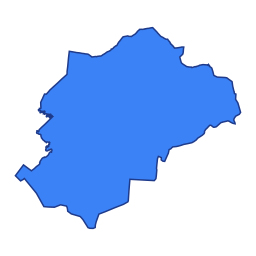 outline of Vermes, Caras-Severin, Romania
{"feature_id": "2599482B13425405554556", "entity_name": "Vermes", "entity_type": "district", "adm_level": 2, "iso_a3": "ROU", "parent_name": "Romania", "parent_adm1": "Caras-Severin", "projection": "albers", "projection_center": [21.625, 45.523], "detail": "fine", "context": "isolated", "style": "filled", "palette": "blue", "viewbox_px": 256, "rotation_deg": 0, "n_neighbors": 0, "source": "geoboundaries", "source_scale": "gbopen_adm2", "svg_char_len": 5555}
<svg xmlns="http://www.w3.org/2000/svg" viewBox="0 0 256 256"><path d="M82.9,219.5L88.0,227.6L89.8,228.3L93.2,228.4L95.2,227.5L95.4,224.8L96.2,221.7L98.9,214.1L105.2,211.7L114.3,207.9L123.5,204.3L127.9,201.8L128.3,200.7L129.0,190.0L129.9,179.3L154.3,180.6L155.9,178.7L156.3,175.9L156.8,170.0L156.5,168.4L156.9,164.2L157.5,158.6L158.4,156.4L159.1,156.6L161.3,157.6L161.2,159.9L162.9,161.2L164.7,161.4L167.6,154.8L168.3,153.3L169.1,149.6L170.6,148.9L171.0,148.6L171.8,147.7L172.8,146.9L176.5,146.5L178.0,146.2L180.9,145.4L183.8,144.4L187.9,143.6L191.9,142.7L193.9,141.6L196.3,139.9L197.7,138.2L202.2,135.3L204.0,133.7L204.3,133.1L204.5,132.5L204.5,131.9L204.5,131.3L205.6,129.5L207.3,127.9L208.8,126.2L210.0,125.2L211.1,125.4L213.4,127.2L214.7,127.2L216.4,126.7L220.8,122.7L223.1,122.0L226.7,121.2L227.6,120.9L228.3,121.0L229.0,121.2L230.8,122.3L232.4,123.1L233.7,123.5L235.1,123.8L234.9,122.6L233.7,120.0L234.3,118.2L235.8,116.1L239.3,114.3L240.6,112.4L237.9,103.0L235.6,99.3L235.9,94.1L234.5,93.6L234.3,92.9L234.2,91.7L234.0,91.4L233.9,91.0L233.7,90.4L232.7,86.1L232.1,81.8L231.9,81.5L228.9,79.4L226.8,77.8L225.0,77.5L217.3,77.1L214.0,75.5L213.8,75.3L212.9,71.7L212.0,68.8L211.8,68.1L210.6,67.1L209.6,66.5L209.3,66.2L209.2,66.0L209.5,65.7L209.4,65.5L209.0,65.2L208.5,64.5L208.3,64.9L208.1,64.8L207.7,65.2L207.2,64.8L206.9,64.9L203.0,64.6L202.3,64.7L201.5,64.9L199.7,65.2L199.1,65.5L198.7,65.8L196.5,66.4L196.5,66.5L195.8,66.8L195.1,66.6L191.9,67.6L191.7,67.5L191.4,67.1L191.1,67.1L188.9,67.0L187.7,66.7L186.9,66.7L182.9,64.1L182.1,63.5L181.4,62.8L181.1,61.9L180.9,61.4L180.0,58.0L179.8,57.0L180.0,56.7L181.0,55.9L182.5,54.4L182.6,54.1L182.7,53.9L182.8,54.0L182.9,53.8L182.9,53.5L183.1,53.0L183.3,51.4L183.5,48.7L183.8,47.1L183.2,47.0L181.3,47.1L181.0,47.3L180.6,47.3L177.1,47.9L175.3,48.0L174.7,48.1L174.4,48.0L174.1,47.4L173.9,47.3L173.7,46.9L173.0,46.1L172.8,45.7L172.7,45.6L172.3,45.6L171.9,44.9L171.5,44.4L170.8,44.1L170.4,43.1L170.1,42.9L170.0,42.3L168.4,40.4L167.6,39.2L165.9,39.2L164.3,38.3L164.0,38.2L163.5,37.8L162.7,37.3L161.4,36.7L160.6,36.2L157.5,32.8L157.0,32.1L155.1,30.1L153.3,28.3L152.8,27.7L152.5,27.6L150.7,27.9L148.3,28.4L147.4,28.4L144.8,29.0L144.8,28.9L142.8,29.4L141.8,29.3L139.5,29.4L139.4,29.7L137.3,31.5L137.2,31.9L136.9,32.2L135.4,33.9L131.9,36.1L131.6,36.5L130.5,36.4L129.1,36.4L128.3,36.2L127.9,35.9L123.1,36.8L121.5,38.7L120.9,39.6L119.8,40.9L119.5,41.4L119.3,41.5L118.9,41.9L117.8,43.7L117.0,45.2L116.6,45.7L115.9,45.8L115.2,46.3L114.3,47.1L113.7,47.4L113.4,48.0L113.2,48.2L112.2,49.0L111.8,49.2L111.6,49.0L111.4,49.0L111.4,49.4L111.3,49.5L110.3,50.5L109.9,50.7L109.1,51.2L107.7,51.7L106.7,52.2L104.9,53.6L104.4,53.8L103.8,54.3L103.2,54.5L102.4,55.1L101.6,55.7L101.2,55.9L100.2,56.1L99.1,56.1L98.7,56.2L97.9,56.3L97.2,56.4L96.7,56.7L95.5,56.5L92.8,56.9L91.7,56.9L91.6,56.7L88.6,54.5L88.1,54.2L87.0,54.0L85.4,53.9L84.2,53.6L82.2,53.4L79.7,52.9L76.8,52.6L73.0,51.9L69.3,51.3L68.5,58.0L67.8,65.6L67.1,71.4L67.1,73.3L67.0,73.7L66.9,74.5L61.6,79.2L57.3,83.3L50.1,89.8L48.3,92.0L46.4,94.1L44.5,94.1L42.9,97.6L42.4,98.9L42.1,99.3L40.7,102.4L40.9,108.1L40.8,108.3L40.4,108.5L39.9,108.4L39.5,108.4L39.5,108.8L39.3,109.3L38.5,109.6L38.5,110.3L38.6,110.7L38.9,110.7L39.4,110.3L39.7,110.1L40.0,110.2L40.4,110.7L40.4,110.9L40.1,111.7L40.0,112.1L40.0,112.4L40.2,112.8L40.4,112.8L40.7,112.7L41.2,112.3L41.5,111.5L41.7,111.2L42.0,111.2L42.0,111.6L42.0,112.1L42.2,112.4L42.6,112.3L43.4,111.5L44.0,111.1L44.5,111.1L44.8,111.3L44.9,111.6L44.8,112.0L43.8,112.9L43.5,113.4L43.4,113.8L43.5,113.8L43.8,113.5L44.0,113.4L44.2,113.7L44.5,114.2L44.8,114.3L45.0,114.0L45.2,113.6L45.5,113.5L45.9,113.7L47.2,114.0L47.3,114.2L47.3,114.5L46.7,115.4L46.3,116.5L46.5,116.8L47.0,116.7L47.6,116.4L47.8,116.1L47.6,115.1L47.7,114.7L48.0,114.3L48.2,114.2L48.7,114.2L48.9,114.3L49.0,114.7L48.3,115.4L48.2,115.8L49.0,116.6L49.3,117.4L49.6,117.7L49.8,117.8L49.9,117.7L49.8,116.9L49.8,116.0L49.7,114.9L49.8,114.5L50.1,114.2L50.6,114.2L50.8,114.3L50.9,114.5L50.9,115.0L50.5,116.5L50.9,116.8L51.1,116.7L51.4,115.8L51.6,115.6L51.8,115.5L52.1,115.6L52.3,116.2L52.4,116.3L52.8,116.5L44.7,124.5L41.7,127.2L39.7,129.2L39.3,129.5L39.2,129.7L39.1,130.1L38.9,130.5L38.8,131.4L38.6,131.6L37.2,130.7L36.9,130.8L36.9,131.0L36.9,131.7L36.6,132.6L36.8,133.0L36.9,133.3L37.3,133.5L38.1,133.4L38.9,134.2L39.5,134.3L40.2,134.3L40.9,134.9L40.9,135.0L41.0,135.5L40.9,135.9L41.1,136.6L41.5,137.8L41.5,138.0L42.1,138.4L42.4,139.1L43.2,140.1L43.9,140.6L44.3,140.7L44.5,141.1L44.8,141.5L45.1,141.7L45.5,141.7L45.8,141.8L46.3,142.6L46.7,142.2L47.3,142.0L47.7,142.0L48.6,142.3L49.4,142.1L49.6,142.4L49.8,142.8L49.6,143.1L49.2,143.1L49.1,143.4L49.5,144.2L49.2,144.6L48.8,144.6L48.9,144.9L48.7,145.1L48.5,145.4L48.7,146.2L48.6,146.5L48.2,146.6L47.9,146.4L47.8,146.2L47.5,146.0L47.0,145.9L46.9,146.2L47.1,146.9L46.9,146.8L46.1,146.8L45.9,147.1L46.1,147.5L46.0,147.8L46.1,148.9L45.7,149.4L45.9,150.0L45.8,150.4L46.2,150.8L46.8,150.9L47.3,150.9L47.9,150.7L48.7,150.1L49.2,149.9L49.5,150.0L49.9,150.0L49.9,149.8L50.1,149.5L51.2,149.1L51.6,149.3L51.8,149.7L51.9,150.2L51.9,150.8L51.2,151.7L51.3,152.1L50.4,151.9L49.7,152.4L49.2,153.1L48.8,154.1L48.3,154.9L47.8,155.5L47.0,156.2L45.9,157.0L45.1,157.3L44.6,157.1L44.4,157.5L43.9,157.4L43.4,157.5L42.1,158.4L40.0,161.5L40.1,162.1L39.6,162.9L39.8,163.5L39.5,164.2L38.6,165.0L36.4,166.6L34.2,168.7L31.4,170.8L23.5,164.9L15.4,175.7L20.6,180.9L23.3,179.4L24.4,178.5L36.4,193.2L43.9,206.6L48.3,207.0L54.5,207.2L60.6,204.8L66.5,206.1L67.2,207.6L67.6,209.9L67.7,211.2L71.3,213.9L80.2,216.5L82.9,219.5Z" fill="#3b82f6" stroke="#1e3a8a" stroke-width="1.5"/></svg>